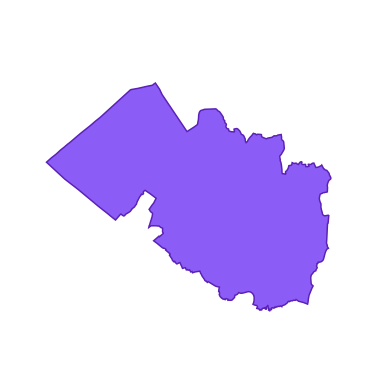 outline of Mueang Chachoengsao, Chachoengsao, Thailand, rotated 19°
{"feature_id": "78962969B6762325431778", "entity_name": "Mueang Chachoengsao", "entity_type": "district", "adm_level": 2, "iso_a3": "THA", "parent_name": "Thailand", "parent_adm1": "Chachoengsao", "projection": "orthographic", "projection_center": [101.042, 13.718], "detail": "fine", "context": "isolated", "style": "filled", "palette": "violet", "viewbox_px": 384, "rotation_deg": 19, "n_neighbors": 0, "source": "geoboundaries", "source_scale": "gbopen_adm2", "svg_char_len": 6131}
<svg xmlns="http://www.w3.org/2000/svg" viewBox="0 0 384 384"><g transform="rotate(19 192 192)"><path d="M337.8,260.4L337.6,258.6L336.8,254.8L336.3,251.6L336.7,244.0L337.1,241.4L335.1,240.5L334.4,239.6L332.2,234.5L331.8,231.9L331.9,231.3L332.6,229.8L332.8,228.9L332.9,228.7L333.2,227.7L334.8,226.0L334.5,225.2L335.0,223.5L334.9,222.5L334.1,221.8L333.8,221.3L333.9,220.2L333.4,219.2L334.3,218.3L334.2,217.2L335.5,216.8L336.9,215.8L337.7,214.7L338.1,213.7L338.2,212.2L337.7,206.0L337.9,203.3L338.3,201.9L339.3,200.8L337.6,199.4L337.1,198.1L336.1,197.0L335.8,196.5L334.8,192.8L330.6,178.4L330.5,177.8L330.8,177.3L330.8,177.1L329.0,169.7L328.7,169.6L328.4,169.6L325.3,171.3L324.1,171.3L323.0,170.8L322.6,170.4L321.6,168.7L320.1,166.6L318.9,164.6L317.8,161.2L316.6,160.0L315.6,158.7L314.4,156.6L314.0,153.6L313.9,152.6L314.1,152.1L315.4,151.0L316.2,150.0L317.0,149.7L317.9,149.1L319.7,148.1L319.9,147.8L318.7,143.6L317.8,142.0L317.5,140.2L317.5,138.1L317.7,136.5L318.9,134.5L318.8,133.7L318.3,132.9L316.5,131.2L315.4,129.6L312.5,127.7L311.7,127.7L311.0,127.8L309.3,127.1L309.0,127.2L305.9,124.3L305.8,124.6L305.2,125.4L303.4,127.3L301.1,128.5L297.8,125.0L297.6,125.2L296.8,125.4L296.2,126.0L295.5,127.3L293.0,127.9L293.0,128.3L294.1,129.3L294.2,129.6L293.0,130.4L292.3,130.6L291.5,131.0L291.3,130.9L290.4,129.0L290.0,129.0L287.9,130.0L287.3,129.9L286.7,129.7L286.2,129.2L286.1,128.9L286.3,128.2L286.1,127.9L285.5,127.8L285.0,128.1L284.4,128.8L283.9,130.1L283.7,131.3L282.4,131.4L281.8,130.9L281.4,130.8L280.8,130.9L279.8,131.5L278.3,131.9L278.1,131.9L277.6,131.6L277.1,131.6L277.4,133.1L277.3,133.9L276.5,134.8L275.4,135.3L275.0,135.6L275.2,137.4L275.2,138.5L274.6,141.2L273.9,142.0L273.8,142.4L274.0,143.0L274.7,143.9L274.6,144.7L274.3,144.9L272.8,144.8L271.5,145.3L270.7,144.2L269.9,141.9L267.6,137.1L266.4,135.1L265.1,133.5L264.9,132.6L264.0,131.2L263.4,129.7L263.3,129.2L264.1,127.5L265.1,122.6L265.1,120.7L264.9,120.3L262.4,114.8L261.2,113.8L260.1,113.5L259.8,113.2L259.3,112.5L258.9,111.1L257.6,108.6L254.7,110.2L253.8,111.2L252.6,111.8L251.4,112.1L251.0,112.5L249.9,114.2L246.2,116.3L245.0,117.5L242.1,117.4L240.1,117.1L239.6,116.7L239.1,115.3L238.7,115.1L235.6,115.9L235.1,116.1L234.4,116.9L234.1,116.9L233.1,116.4L232.3,116.6L231.0,116.5L230.8,116.8L230.1,119.3L229.3,120.8L228.5,123.0L228.2,124.2L227.9,126.3L227.1,127.7L225.7,126.3L225.0,124.5L222.7,122.1L221.9,121.6L219.8,121.3L218.2,119.6L217.2,118.7L214.8,117.5L214.1,117.4L213.2,117.6L211.3,118.8L211.4,119.4L212.4,120.6L212.5,121.2L212.2,121.5L209.9,122.1L208.1,122.3L206.9,122.1L206.0,120.5L204.5,120.7L202.9,119.4L202.6,118.7L202.6,117.4L202.4,116.8L201.8,116.2L200.7,115.8L200.2,115.5L199.8,114.0L198.1,113.1L197.8,112.7L197.6,111.8L196.9,110.8L193.8,108.4L191.9,107.1L191.3,107.0L190.3,106.9L189.1,106.2L187.5,105.6L177.0,109.7L173.7,112.2L173.5,112.5L173.0,114.2L173.2,116.8L174.4,121.1L175.2,126.4L173.2,129.4L167.6,136.5L132.0,109.6L127.9,105.4L121.9,100.9L120.6,102.6L120.0,103.7L119.4,104.2L115.7,106.3L107.0,111.7L101.4,114.8L100.5,115.5L80.8,151.5L77.8,156.2L74.0,162.7L67.5,172.9L60.3,185.1L58.5,187.8L58.0,188.8L57.4,189.6L57.2,190.2L54.0,195.2L51.1,200.6L48.1,205.2L44.7,211.2L67.4,221.2L83.9,226.8L108.4,236.1L119.9,240.1L122.7,241.2L128.8,243.4L131.7,236.2L132.1,236.1L134.8,236.9L135.5,236.8L136.0,236.1L136.8,234.2L138.7,232.1L139.9,230.4L141.0,227.1L142.5,224.8L142.9,223.0L143.4,221.8L143.3,219.2L144.1,213.6L144.8,211.8L144.8,210.6L146.1,210.4L146.6,209.6L146.6,209.0L146.0,208.2L146.0,207.6L146.4,206.6L147.1,205.7L152.8,207.2L160.1,209.6L159.4,214.9L158.5,217.4L157.1,222.4L157.5,222.6L159.1,224.0L161.5,224.9L161.8,225.4L162.4,228.8L162.3,230.0L162.5,231.1L162.4,232.7L162.6,236.6L162.5,238.1L162.7,239.6L163.9,237.8L164.7,237.1L169.2,235.6L170.3,235.4L172.1,234.9L173.9,235.7L176.0,235.8L177.1,239.2L177.5,239.7L178.0,239.9L178.3,240.6L175.7,245.0L175.1,244.6L171.6,250.6L175.6,251.9L182.0,254.3L183.4,254.5L184.6,254.2L186.1,254.8L186.0,255.5L189.0,256.7L190.9,257.3L190.8,257.7L191.6,258.3L191.3,259.1L194.8,261.8L195.7,262.9L197.4,263.9L197.7,263.8L198.1,263.2L198.5,263.4L198.4,263.7L198.8,263.9L200.8,264.9L201.2,264.9L203.5,262.6L207.9,267.3L210.3,265.7L212.0,267.5L212.9,266.8L213.6,267.2L214.0,266.9L214.5,266.9L215.1,266.4L216.7,268.0L217.9,267.2L218.8,268.2L220.9,266.6L225.2,264.3L226.7,266.2L227.1,266.3L228.9,268.2L232.2,270.6L232.9,271.4L234.1,271.8L234.5,271.6L235.9,272.5L236.5,271.5L244.6,273.3L246.1,273.3L248.9,273.0L249.1,275.2L249.6,277.4L250.3,277.4L251.2,279.2L251.1,279.9L251.3,280.3L252.5,281.6L253.3,282.1L253.9,282.2L254.4,282.7L254.9,282.7L255.8,283.1L256.7,283.1L257.1,282.7L257.4,282.9L258.4,283.0L258.6,282.4L259.0,281.7L260.1,281.8L260.8,281.6L261.2,282.6L261.6,282.3L262.0,282.4L262.6,282.1L264.0,281.8L264.6,281.4L265.2,280.9L265.7,279.8L265.7,279.5L266.0,279.2L266.6,277.7L266.3,276.7L266.3,275.5L267.2,275.0L268.2,273.9L269.0,271.8L270.3,272.0L271.8,271.6L273.5,270.7L277.1,268.2L278.0,267.8L279.4,267.5L280.5,267.6L281.9,268.1L282.8,268.6L284.1,269.8L285.0,271.2L286.0,274.2L286.3,276.4L286.2,278.3L287.7,278.5L290.2,278.3L291.1,278.9L291.3,279.3L291.4,280.2L291.0,280.7L291.1,281.0L291.9,281.0L292.5,280.7L292.9,280.7L293.6,280.9L293.8,281.3L294.7,281.6L295.0,280.9L295.8,281.1L296.3,280.7L296.2,280.0L296.5,279.7L296.6,279.1L297.2,278.7L297.9,278.6L298.1,277.9L299.0,277.5L299.3,277.7L299.5,278.1L299.5,278.7L300.0,278.8L300.3,278.7L300.5,278.3L299.7,276.7L299.9,276.3L300.5,276.0L300.4,275.0L300.6,274.7L301.1,275.1L301.4,276.1L301.8,276.5L301.8,277.0L302.9,277.4L303.0,277.9L302.7,278.4L302.8,278.7L303.5,278.6L303.8,279.0L304.2,279.0L304.4,278.0L305.1,277.6L305.4,277.1L305.4,276.8L304.8,276.3L305.3,275.5L305.8,275.2L306.7,275.3L307.4,275.0L307.6,274.7L307.6,274.0L307.7,273.9L308.7,273.9L308.9,273.7L309.0,273.0L309.9,272.9L310.3,272.3L310.7,272.2L311.0,271.9L311.9,271.8L312.6,271.0L312.9,271.0L313.7,271.2L314.3,271.2L314.2,270.5L314.3,270.2L316.6,268.3L318.3,265.6L318.5,264.4L318.8,264.0L319.2,263.9L319.8,264.0L320.6,263.0L321.1,262.6L322.5,262.1L323.3,261.2L324.8,260.9L325.1,260.6L325.4,259.8L328.3,260.6L333.3,260.2L337.8,260.4Z" fill="#8b5cf6" stroke="#5b21b6" stroke-width="1.5"/></g></svg>